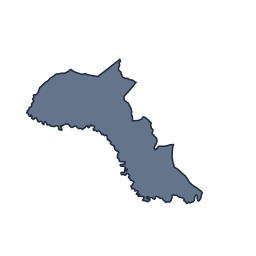 outline of San Marcial Ozolotepec, Oaxaca, Mexico, rotated 300°
{"feature_id": "50627088B61246931399510", "entity_name": "San Marcial Ozolotepec", "entity_type": "district", "adm_level": 2, "iso_a3": "MEX", "parent_name": "Mexico", "parent_adm1": "Oaxaca", "projection": "orthographic", "projection_center": [-96.411, 16.032], "detail": "fine", "context": "isolated", "style": "filled", "palette": "slate", "viewbox_px": 256, "rotation_deg": 300, "n_neighbors": 0, "source": "geoboundaries", "source_scale": "gbopen_adm2", "svg_char_len": 5750}
<svg xmlns="http://www.w3.org/2000/svg" viewBox="0 0 256 256"><g transform="rotate(300 128 128)"><path d="M90.2,32.5L90.6,33.9L89.5,35.8L88.9,36.5L88.9,36.9L89.3,37.5L90.7,37.6L90.4,38.4L90.0,39.2L88.7,39.5L88.2,40.0L88.2,40.7L88.1,41.8L88.8,42.1L89.6,42.3L90.5,42.8L90.8,43.6L90.4,44.6L88.9,46.2L88.6,46.9L88.8,47.9L89.1,48.3L90.3,49.1L90.4,49.9L90.1,50.7L89.2,51.3L89.0,51.8L88.9,53.2L89.5,53.6L90.0,52.9L90.9,52.7L92.1,52.9L92.1,53.8L91.5,54.9L90.9,55.7L90.2,56.2L90.3,56.7L90.9,57.4L91.2,58.0L91.3,58.9L91.0,60.4L91.7,61.8L91.8,62.5L92.4,63.4L93.1,64.1L93.9,64.5L94.4,65.3L94.6,66.4L94.3,67.4L93.2,67.8L92.1,69.0L92.2,69.7L92.5,70.3L92.9,71.7L93.8,71.4L94.6,70.1L96.2,68.9L96.4,69.7L97.7,70.0L98.4,70.8L100.4,72.2L101.0,73.2L101.3,74.1L101.4,75.1L101.2,75.8L100.7,76.1L100.2,78.0L100.3,79.0L100.9,79.7L101.9,80.2L102.9,80.9L103.8,81.9L103.4,82.7L103.2,83.4L103.0,83.7L102.9,85.7L103.2,86.4L104.4,87.9L104.0,89.1L104.4,89.4L105.4,90.0L106.4,90.2L107.2,90.6L108.2,90.8L108.7,91.0L109.9,92.0L108.9,92.7L108.5,93.6L109.2,94.2L110.7,94.2L112.1,94.3L111.8,95.9L112.5,96.8L112.7,97.3L112.4,98.2L112.1,98.5L110.5,98.7L109.7,98.3L109.0,99.0L108.8,99.6L109.6,100.0L109.6,101.6L109.5,102.9L111.2,103.8L110.4,106.6L109.9,107.2L109.2,108.7L110.3,109.2L109.8,110.4L109.6,111.6L110.8,112.2L111.0,113.2L109.9,114.3L107.6,116.0L107.8,116.7L108.3,117.4L107.5,118.0L107.4,120.3L106.0,120.4L105.6,120.7L105.4,121.7L105.3,125.3L104.4,125.7L104.1,126.4L103.3,126.8L103.0,127.3L102.8,128.3L102.5,128.6L102.9,129.6L102.4,130.1L102.6,131.0L102.4,131.9L102.1,132.3L101.5,132.2L99.5,132.3L98.4,133.1L97.8,133.1L97.0,133.5L96.7,134.2L96.9,134.9L96.6,135.7L95.8,136.1L95.1,137.0L94.9,137.5L94.9,138.0L96.0,140.1L96.8,141.1L97.1,141.8L97.2,142.4L96.7,142.9L95.9,142.4L95.4,142.4L95.0,143.1L94.2,141.7L93.6,141.3L92.7,139.8L91.9,139.8L91.4,140.4L91.5,141.3L92.4,142.9L92.9,144.5L92.6,145.5L91.9,145.7L90.5,145.7L89.9,146.2L91.9,147.9L91.6,148.1L90.0,148.1L89.6,147.3L88.9,146.9L87.9,147.0L86.7,145.1L86.0,144.4L85.3,144.6L84.8,145.0L84.4,145.5L84.3,145.9L84.8,146.3L85.3,146.9L85.5,147.4L85.4,148.2L85.6,149.1L86.0,149.5L86.9,149.5L87.6,149.3L88.3,150.1L88.4,150.7L88.1,151.9L87.4,153.2L86.5,152.9L85.5,153.0L85.2,153.7L85.6,154.9L84.7,155.4L84.2,156.0L84.2,156.7L84.4,157.6L84.4,159.5L84.2,160.1L82.3,160.2L80.5,160.1L79.4,159.7L78.8,159.8L78.6,160.5L78.1,161.0L77.3,161.9L78.1,162.8L78.3,163.4L78.2,164.3L76.9,165.6L77.9,166.9L78.5,167.8L78.1,168.5L76.8,168.9L76.4,168.4L75.9,168.2L75.3,168.2L74.8,168.4L74.9,168.9L75.9,170.2L76.1,170.7L75.6,170.9L74.7,170.5L74.3,170.6L74.0,171.3L74.2,171.8L74.9,172.4L75.3,173.0L75.5,173.8L75.7,174.2L76.1,175.6L76.2,176.4L75.1,176.7L74.3,176.8L72.8,176.8L72.7,177.4L73.3,178.4L73.4,179.2L73.7,179.9L73.7,181.3L74.4,182.1L75.6,182.9L76.4,183.0L76.9,182.8L76.9,182.0L76.7,180.5L76.8,179.6L77.1,178.8L77.9,178.8L78.3,179.1L78.3,181.0L78.5,182.1L79.6,183.1L79.8,184.0L79.7,184.4L79.3,184.7L79.6,186.7L80.4,186.8L81.9,186.2L83.0,186.8L83.3,188.1L83.4,188.8L83.2,189.8L83.1,190.8L84.0,192.8L83.8,193.5L83.4,194.4L82.7,196.7L82.5,197.8L83.9,199.3L84.4,200.6L85.5,201.4L86.6,201.5L88.2,201.2L88.8,201.2L89.5,201.0L90.2,200.7L91.2,199.9L91.8,199.9L92.6,200.5L93.4,202.7L93.8,203.3L94.1,204.4L93.9,205.1L93.8,206.9L94.1,208.2L94.8,210.4L94.8,211.8L94.3,212.3L93.4,212.4L93.0,212.7L93.1,213.8L92.8,214.9L92.2,215.5L92.1,216.5L92.5,217.0L93.1,217.3L94.1,217.6L94.0,218.8L96.2,220.8L96.9,221.3L98.0,221.6L99.2,221.3L101.7,220.3L103.3,220.2L103.7,220.4L104.1,220.7L104.3,221.2L103.8,222.0L102.8,222.5L101.9,222.8L100.2,224.7L99.9,225.0L100.0,225.5L100.8,226.1L103.0,226.1L104.2,226.1L106.7,225.0L107.4,224.9L109.0,224.8L109.1,224.3L109.9,223.2L109.9,221.4L110.0,221.2L110.2,220.5L110.3,218.4L110.7,216.3L110.6,214.8L110.8,212.1L111.4,209.3L112.0,207.6L112.9,206.3L115.2,201.6L115.6,198.7L116.5,194.9L117.3,190.9L117.1,188.0L118.8,186.3L120.4,184.3L124.7,180.9L127.5,179.3L130.0,178.0L133.2,176.6L136.4,175.6L134.8,173.2L130.8,169.3L127.4,163.5L125.3,163.4L122.7,162.6L122.7,162.1L123.7,160.8L124.9,160.3L128.3,160.4L129.0,160.1L130.9,159.8L131.3,159.6L131.9,159.2L133.0,158.2L133.5,157.3L133.9,156.3L134.0,155.3L134.9,153.3L134.9,152.2L135.3,151.4L137.7,151.1L138.3,150.8L138.9,150.5L139.2,149.9L139.4,148.5L139.8,148.2L140.7,147.2L142.0,146.1L143.8,145.7L144.2,145.1L144.2,144.4L144.0,143.5L144.6,143.0L144.9,142.1L145.2,140.8L145.7,138.0L145.5,136.0L145.0,135.5L144.5,135.3L143.1,135.5L142.2,135.1L140.5,133.8L139.4,132.8L138.4,131.1L136.4,128.5L136.6,128.1L137.4,127.9L140.3,125.9L141.3,124.3L142.3,123.7L144.2,123.0L145.7,121.3L146.4,121.1L147.2,119.5L147.7,119.0L148.0,118.4L149.5,116.2L149.7,115.7L149.7,114.5L150.0,112.7L150.0,111.0L153.2,108.7L160.2,110.3L171.0,112.1L170.9,112.0L171.7,110.5L171.6,109.3L171.8,108.3L170.6,104.6L170.7,103.8L170.9,103.3L170.6,102.2L169.9,101.6L169.5,100.8L169.7,99.9L169.4,98.4L169.5,97.3L170.1,96.6L170.9,96.1L171.2,95.2L172.6,94.2L173.0,93.7L173.1,92.6L173.6,91.1L174.5,90.1L175.3,89.7L176.3,89.5L176.8,89.8L177.8,89.5L178.7,89.0L179.1,88.7L179.5,87.9L180.4,87.8L182.0,88.2L183.3,86.6L157.5,76.2L153.6,65.5L154.0,64.4L153.8,63.8L152.7,62.6L151.9,61.8L151.1,60.7L151.1,59.7L150.1,55.1L149.9,53.7L149.9,51.0L150.2,49.9L150.1,49.1L149.8,48.8L147.4,48.1L146.3,47.3L145.4,47.0L144.4,46.2L143.4,45.2L142.3,43.2L140.2,40.7L138.8,38.8L138.0,38.3L136.9,38.1L135.2,37.4L134.0,36.6L133.0,36.2L132.3,35.7L129.7,35.3L127.9,34.7L126.5,33.7L122.5,32.5L121.7,32.4L119.8,31.7L118.4,31.4L114.4,32.2L112.7,32.3L110.9,31.7L110.6,31.4L110.1,30.4L109.7,30.0L109.0,29.9L108.3,30.2L108.1,30.6L107.5,31.1L106.8,31.2L105.7,30.8L104.9,31.2L104.7,32.3L104.3,33.1L101.6,32.6L100.5,32.5L99.6,33.3L98.8,33.5L96.2,32.4L95.1,32.6L94.2,32.9L93.5,32.5L92.7,32.3L90.3,32.6L90.2,32.5Z" fill="#64748b" stroke="#1e293b" stroke-width="1.5"/></g></svg>